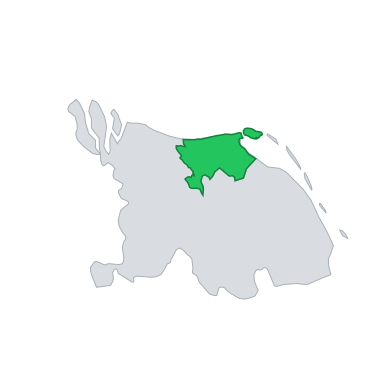 Netherlands, with Noord-Holland highlighted, rotated 67°
{"feature_id": "NLD-3486", "entity_name": "Noord-Holland", "entity_type": "Province", "adm_level": 1, "iso_a3": "NLD", "parent_name": "Netherlands", "parent_adm1": "", "projection": "natural_earth1", "projection_center": [4.92, 52.678], "detail": "fine", "context": "in_parent", "style": "filled", "palette": "green", "viewbox_px": 384, "rotation_deg": 67, "n_neighbors": 0, "source": "natural_earth", "source_scale": "10m", "svg_char_len": 4814}
<svg xmlns="http://www.w3.org/2000/svg" viewBox="0 0 384 384"><g transform="rotate(67 192 192)"><path d="M242.4,317.1L235.4,317.0L228.9,316.8L225.5,316.3L221.8,315.0L220.1,312.3L218.1,309.0L218.6,307.0L224.7,301.2L225.6,299.6L225.0,298.8L225.6,296.3L230.2,287.7L230.8,284.3L228.7,281.9L225.7,280.4L215.9,277.9L211.2,274.3L209.0,271.2L206.8,270.3L203.6,271.4L195.5,272.5L188.9,270.9L181.1,264.9L179.3,259.7L178.3,255.6L176.4,254.2L173.7,256.3L170.4,259.6L163.9,260.0L162.0,259.2L161.7,257.4L161.3,255.7L159.5,253.5L157.6,252.3L149.3,258.4L146.2,258.4L142.3,256.0L140.3,253.7L136.1,255.0L132.2,257.9L133.5,263.1L131.5,264.1L126.7,263.6L121.4,261.5L115.4,260.1L106.4,256.5L93.8,259.5L85.1,255.9L77.8,255.6L73.3,252.7L68.4,248.0L71.9,244.8L75.2,243.7L88.6,243.1L98.3,245.0L115.6,255.4L120.0,255.3L124.7,254.0L122.3,251.2L118.0,249.8L111.5,247.1L106.4,243.2L118.5,241.9L116.8,239.9L115.2,236.4L102.5,224.4L104.7,221.2L107.9,214.2L112.0,208.4L115.2,206.9L120.4,202.8L131.8,190.8L139.1,181.0L144.5,169.4L152.4,137.5L154.8,132.1L158.5,126.1L163.3,127.2L166.6,128.9L178.3,124.4L198.4,112.6L204.3,102.4L210.1,97.7L233.1,88.5L245.8,85.7L265.4,85.0L279.6,83.4L296.6,82.8L303.1,88.5L306.9,92.6L313.0,95.0L322.4,96.5L322.0,104.8L322.2,121.0L321.5,123.9L317.4,130.8L313.1,143.1L311.9,151.2L310.6,152.8L292.7,152.7L290.1,154.1L289.8,155.9L290.7,158.0L290.3,160.1L288.9,161.8L289.7,164.5L292.8,167.5L298.5,169.4L304.6,169.6L307.7,169.2L310.0,171.4L312.3,174.8L312.2,179.0L311.4,184.7L308.5,190.0L300.3,196.1L296.6,198.2L293.1,199.3L291.5,200.9L290.7,202.9L290.9,204.8L296.9,209.6L296.7,210.7L295.0,213.3L292.8,215.7L277.6,220.6L271.2,220.2L267.7,222.7L266.5,223.2L262.5,220.9L253.6,218.3L250.3,219.2L248.4,220.6L242.8,222.4L238.8,225.1L238.8,228.6L246.0,237.7L248.5,239.5L248.6,242.9L252.1,247.2L255.7,252.5L256.1,255.9L255.7,259.3L253.9,264.2L247.8,275.7L247.7,277.8L248.3,279.5L250.4,280.0L252.0,280.8L251.5,282.4L240.0,290.3L238.5,291.7L233.7,291.3L232.9,292.6L233.6,294.8L235.5,296.7L239.6,297.6L243.2,299.7L246.1,303.6L242.4,317.1ZM121.4,261.5L120.4,264.8L117.7,268.4L108.6,273.6L99.2,277.1L94.3,276.7L91.0,274.9L89.2,273.0L84.2,271.1L77.2,270.2L72.9,272.2L69.8,274.1L67.1,273.8L65.1,272.2L63.6,269.8L61.6,262.2L66.7,260.8L77.9,260.3L86.6,263.0L98.0,264.2L106.7,260.6L113.6,263.7L121.4,261.5ZM102.6,230.6L109.3,235.4L110.7,236.9L111.2,238.5L102.7,240.4L93.7,234.6L87.8,236.0L85.6,233.2L85.5,231.5L91.7,230.0L102.6,230.6ZM166.5,114.9L159.8,121.0L155.7,119.3L154.5,117.9L156.6,113.1L166.5,105.1L166.5,114.9ZM196.1,87.6L189.9,88.3L187.0,87.1L202.2,83.6L211.7,82.6L213.4,83.1L196.1,87.6ZM236.8,81.3L223.5,82.7L219.0,81.6L218.3,80.6L221.9,80.0L233.2,79.9L236.7,80.7L236.8,81.3ZM181.5,94.3L169.0,100.7L168.0,99.7L176.0,94.1L181.5,94.3ZM291.0,70.6L284.7,70.9L286.5,68.6L292.3,66.9L295.4,66.9L291.0,70.6ZM264.0,76.8L254.6,79.7L252.3,79.1L252.8,78.2L261.1,76.4L264.0,76.8Z" fill="#d9dde1" stroke="#a8b0b8" stroke-width="1"/><path d="M140.8,178.6L144.9,169.1L145.5,166.7L145.5,166.0L146.9,163.8L149.8,147.0L151.0,142.7L151.2,141.3L151.8,138.6L154.7,132.9L155.3,130.0L155.4,128.4L155.7,126.3L156.2,124.6L157.0,123.8L161.1,124.3L161.8,123.8L162.3,124.4L161.3,127.1L162.9,128.7L165.7,129.3L168.3,129.2L169.8,128.5L172.7,126.6L174.1,126.2L176.8,125.9L179.5,125.0L186.3,120.2L186.4,120.3L186.5,120.6L186.8,121.4L186.9,121.7L191.8,132.7L199.3,139.2L199.3,139.3L198.5,148.0L195.1,147.1L193.0,148.2L191.9,151.5L180.6,157.2L182.3,163.0L185.6,166.8L187.4,170.6L185.1,170.6L181.2,173.4L181.3,176.2L185.1,179.3L187.1,179.7L189.7,179.6L191.1,179.6L193.4,180.2L199.2,183.2L196.8,183.6L193.0,183.6L192.4,183.7L192.1,183.9L190.9,185.5L189.5,188.2L189.3,189.2L188.9,189.9L188.4,190.8L187.9,191.6L186.6,192.3L182.8,192.1L180.3,192.5L179.1,193.0L177.3,193.3L176.9,191.4L176.5,190.1L177.0,188.3L178.2,187.2L177.8,186.7L177.7,186.5L177.5,186.3L177.4,186.2L177.1,186.0L176.9,185.9L176.7,185.6L176.6,185.3L176.5,185.0L176.3,184.6L176.6,184.2L178.7,183.6L175.9,183.4L174.8,183.8L174.5,183.4L174.2,183.2L173.8,183.0L173.3,183.0L171.6,183.8L170.3,184.0L169.7,183.9L169.4,184.1L169.1,184.2L168.2,185.6L165.5,185.9L164.0,186.5L163.0,187.4L161.6,187.9L158.4,188.6L156.3,189.8L155.6,189.5L155.3,189.1L155.0,187.8L154.9,187.7L154.5,187.5L151.8,188.2L150.3,188.7L147.4,189.3L145.7,189.4L145.3,189.3L144.9,189.2L144.3,188.7L143.5,188.7L143.4,188.1L144.3,186.9L144.6,185.7L144.7,184.9L144.8,184.6L144.9,184.3L147.7,180.6L146.2,180.3L144.8,180.9L143.6,180.7L143.2,180.6L140.2,179.5L140.8,178.6ZM166.9,111.4L166.9,111.9L168.3,111.9L167.8,113.0L167.0,114.4L165.1,116.6L161.9,118.7L160.4,121.0L158.1,121.5L155.7,120.7L154.4,118.5L154.8,116.3L156.2,113.7L157.9,111.6L161.1,109.5L162.7,106.9L164.3,104.7L166.5,104.8L166.7,105.3L166.9,105.8L166.8,106.2L166.5,106.6L167.4,107.8L168.1,109.3L168.1,110.7L166.9,111.4Z" fill="#22c55e" stroke="#15803d" stroke-width="1.5"/></g></svg>